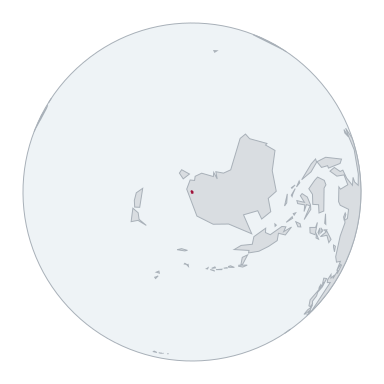 Australian Capital Territory highlighted on a globe, orthographic projection, rotated 140°
{"feature_id": "AUS-2653", "entity_name": "Australian Capital Territory", "entity_type": "Territory", "adm_level": 1, "iso_a3": "AUS", "parent_name": "Australia", "parent_adm1": "", "projection": "orthographic", "projection_center": [149.061, -35.53], "detail": "medium", "context": "on_globe", "style": "filled", "palette": "rose", "viewbox_px": 384, "rotation_deg": 140, "n_neighbors": 0, "source": "natural_earth", "source_scale": "10m", "svg_char_len": 5280}
<svg xmlns="http://www.w3.org/2000/svg" viewBox="0 0 384 384"><g transform="rotate(140 192 192)"><circle cx="192" cy="192" r="169" fill="#eef3f6" stroke="#a8b0b8"/><path d="M275.5,149.1L275.5,150.4L275.3,150.5L275.5,149.1ZM257.1,347.9L258.1,347.3L254.4,348.6L256.4,347.8L257.4,347.1L256.2,347.3L263.8,344.0L270.4,341.4L271.0,341.3L273.6,339.9L274.1,339.7L257.1,347.9ZM323.3,94.5L322.0,91.6L324.2,94.5L323.3,94.5ZM320.1,89.2L320.8,90.3L320.0,89.3L320.1,89.2ZM318.9,88.0L319.8,88.9L318.9,88.2L318.9,88.0ZM317.4,86.7L318.2,87.3L317.4,86.7ZM314.7,84.0L313.9,83.3L314.5,83.5L314.7,84.0ZM249.7,349.6L262.5,344.4L255.9,347.4L254.7,348.4L246.8,351.2L249.7,349.6ZM240.9,353.7L239.4,354.2L241.4,353.6L244.6,352.5L241.3,353.6L240.9,353.7ZM212.0,24.2L206.3,23.9L204.5,23.5L212.0,24.2ZM176.3,23.8L178.2,23.7L170.0,26.0L144.3,33.8L146.6,35.6L144.8,37.5L138.5,39.5L140.9,36.7L137.2,36.8L139.6,35.1L130.3,38.2L133.2,36.1L124.5,39.9L124.6,41.0L131.7,38.7L122.9,43.5L126.4,45.4L123.5,50.1L106.8,63.0L94.6,70.1L93.1,72.3L90.0,71.8L83.2,78.1L87.0,86.6L85.9,90.4L76.2,101.5L76.4,98.7L68.0,97.4L64.6,107.4L70.8,111.0L72.9,119.3L67.2,119.3L65.3,112.5L62.4,111.8L64.6,103.2L64.8,94.0L59.2,99.7L61.0,95.2L60.4,90.3L53.1,98.8L40.6,120.1L36.6,133.0L33.3,142.1L34.7,130.5L36.8,125.3L41.9,114.4L47.8,103.9L54.5,93.8L61.9,84.2L69.9,75.2L78.5,66.8L87.8,59.0L97.5,51.9L107.8,45.5L118.5,39.9L129.5,35.0L140.9,31.0L152.5,27.7L164.4,25.3L176.3,23.8ZM82.0,284.1L84.8,284.5L84.4,286.3L82.0,284.1ZM29.6,238.7L30.8,242.3L42.1,268.4L44.1,273.2L41.3,268.4L39.5,264.7L34.0,251.9L29.6,238.7ZM108.5,131.1L113.1,130.6L113.1,131.4L108.5,131.1ZM103.5,129.8L108.7,128.7L102.8,131.6L103.5,129.8ZM110.7,128.3L116.0,125.7L118.3,124.1L118.0,125.7L110.7,128.3ZM100.1,130.9L82.6,136.9L76.1,137.9L77.4,134.7L87.9,130.9L100.1,130.9ZM76.8,134.9L67.3,132.7L56.3,121.1L60.2,118.7L72.1,122.6L71.2,125.0L77.0,127.6L76.8,134.9ZM101.2,112.8L100.4,119.4L90.5,122.1L86.2,122.7L83.2,115.9L84.8,111.4L88.3,110.1L103.3,92.7L108.2,94.3L103.2,100.9L107.4,104.9L101.2,112.8ZM36.7,133.7L37.0,139.0L35.4,142.2L36.7,133.7ZM110.5,82.7L103.7,89.5L110.3,81.2L110.5,82.7ZM115.1,75.6L115.0,78.0L113.0,76.3L115.1,75.6ZM91.9,75.4L88.1,77.5L88.6,75.9L93.7,72.4L91.9,75.4ZM121.3,54.6L119.1,58.7L117.7,60.4L117.0,58.3L121.3,54.6ZM241.9,213.9L245.6,217.3L241.6,222.6L235.2,227.2L227.4,226.5L241.9,213.9ZM185.6,215.7L182.4,207.4L190.3,207.7L189.5,214.6L185.6,215.7ZM246.6,210.7L250.1,205.1L248.5,195.8L251.6,205.0L257.7,208.4L247.7,217.6L246.6,210.7ZM148.1,184.1L120.7,202.1L113.8,202.0L113.6,195.8L103.4,181.0L105.5,180.7L101.7,170.5L116.8,156.8L127.0,138.4L137.7,138.1L144.3,126.3L156.0,126.5L153.7,135.4L167.2,141.4L173.1,121.6L184.5,143.9L196.5,153.7L203.7,170.4L194.2,197.6L185.7,202.4L182.6,199.2L179.5,202.0L172.5,200.2L165.7,190.1L162.8,193.0L164.3,185.8L160.7,192.2L155.7,186.2L148.1,184.1ZM233.0,150.2L235.5,151.6L240.5,157.4L236.4,155.3L233.0,150.2ZM269.2,150.8L271.0,153.6L268.2,152.7L269.2,150.8ZM275.3,150.5L271.8,149.5L275.5,149.1L275.3,150.5ZM242.6,139.9L244.2,141.8L243.3,142.0L242.6,139.9ZM241.5,139.1L242.6,137.2L242.8,139.5L241.5,139.1ZM228.3,123.7L229.5,123.0L230.3,124.0L228.3,123.7ZM120.2,129.3L126.4,122.8L130.1,121.8L120.2,129.3ZM226.0,120.9L222.6,119.9L222.8,118.8L226.0,120.9ZM225.9,118.3L225.4,116.7L227.9,120.9L225.9,118.3ZM219.1,113.4L223.5,117.1L218.6,113.6L219.1,113.4ZM216.7,113.3L213.7,111.5L213.9,111.1L216.7,113.3ZM185.9,110.6L196.7,120.8L188.7,119.5L179.4,113.2L173.3,118.0L158.8,116.9L161.8,113.7L159.5,109.0L145.3,107.8L142.5,105.0L147.3,102.7L138.3,101.2L148.1,99.1L152.3,104.8L158.0,100.0L168.3,101.1L178.8,103.6L187.9,109.0L185.9,110.6ZM148.7,112.4L150.4,112.3L149.0,114.3L148.7,112.4ZM208.0,107.0L212.3,110.8L211.9,111.5L209.9,110.7L208.0,107.0ZM189.8,108.1L199.3,104.2L201.6,104.6L195.5,109.6L189.8,108.1ZM196.7,100.5L201.4,101.9L204.0,105.2L203.1,105.8L196.7,100.5ZM128.6,108.6L128.3,110.4L125.9,109.4L128.6,108.6ZM131.7,107.2L139.3,108.2L131.1,108.7L131.7,107.2ZM110.4,105.5L112.4,108.8L118.7,105.0L113.9,109.6L118.5,115.2L117.2,118.0L112.5,111.8L111.4,119.5L108.7,120.0L106.9,114.0L109.5,106.0L112.2,102.3L123.8,98.8L110.4,105.5ZM131.6,102.5L129.6,98.3L131.1,95.3L133.2,97.3L131.6,102.5ZM124.5,89.1L120.1,85.4L115.5,88.1L125.2,80.1L127.8,84.8L124.5,89.1ZM121.5,80.0L117.2,82.3L122.0,77.9L121.5,80.0ZM116.4,81.1L116.5,78.2L119.6,77.9L116.4,81.1ZM123.7,79.7L125.4,74.5L126.5,77.1L123.7,79.7ZM116.5,72.1L122.3,75.3L113.9,75.2L115.9,66.4L119.7,65.3L116.5,72.1ZM152.7,38.3L153.1,36.9L157.2,36.1L155.7,37.3L152.7,38.3ZM170.8,33.5L158.4,35.5L148.5,37.8L150.5,38.2L146.4,41.3L144.5,39.2L153.0,35.6L160.2,34.4L163.3,32.4L169.8,30.9L171.5,28.9L175.0,28.1L175.6,29.6L170.8,33.5ZM172.0,28.2L177.4,25.6L184.1,25.8L184.4,26.4L179.1,27.4L175.9,27.2L172.0,28.2ZM181.0,23.4L183.5,24.0L180.7,24.1L179.2,24.6L180.7,25.1L177.6,25.1L179.0,23.6L180.9,23.4L181.0,23.4Z" fill="#d9dde1" stroke="#a8b0b8" stroke-width="1"/><path d="M192.2,190.8L192.3,190.9L192.3,191.0L192.5,191.2L192.6,191.3L192.8,191.4L192.8,191.5L192.7,191.5L192.4,191.6L192.2,191.7L192.2,191.8L192.2,192.0L192.1,192.3L192.1,192.5L192.1,192.8L192.1,193.0L191.9,193.1L191.7,193.1L191.6,192.9L191.6,192.7L191.4,192.6L191.4,192.4L191.3,192.2L191.3,191.9L191.3,191.7L191.4,191.4L191.7,191.2L192.1,190.9L192.2,190.8Z" fill="#f43f5e" stroke="#9f1239" stroke-width="1.5"/></g></svg>